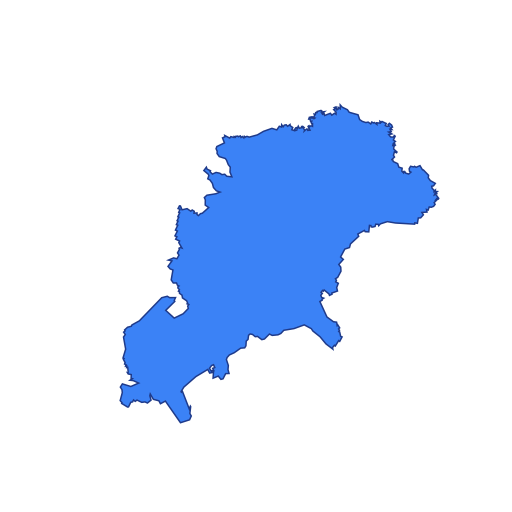 the district of Martínez de la Torre, Veracruz, Mexico, rotated 59°
{"feature_id": "50627088B13774862826934", "entity_name": "Martínez de la Torre", "entity_type": "district", "adm_level": 2, "iso_a3": "MEX", "parent_name": "Mexico", "parent_adm1": "Veracruz", "projection": "mercator", "projection_center": [-97.059, 20.12], "detail": "fine", "context": "isolated", "style": "filled", "palette": "blue", "viewbox_px": 512, "rotation_deg": 59, "n_neighbors": 0, "source": "geoboundaries", "source_scale": "gbopen_adm2", "svg_char_len": 6063}
<svg xmlns="http://www.w3.org/2000/svg" viewBox="0 0 512 512"><g transform="rotate(59 256 256)"><path d="M154.3,252.8L155.9,256.7L161.4,254.8L162.8,255.0L165.0,257.6L167.2,256.3L171.3,256.0L175.4,257.2L179.7,256.4L182.7,253.9L182.0,258.3L178.6,266.8L179.3,270.2L181.7,270.5L186.2,273.3L190.1,271.6L191.7,280.0L191.1,281.7L191.7,284.6L190.1,285.2L188.7,284.4L187.4,287.1L185.9,285.9L183.7,287.0L184.0,288.8L179.9,290.7L178.3,295.6L174.2,295.0L173.6,295.8L175.2,298.4L176.9,297.1L178.8,299.8L179.7,299.2L182.1,302.8L183.0,302.2L185.1,305.5L186.0,304.9L188.1,308.1L189.3,307.2L192.3,311.7L194.1,310.5L197.0,315.1L198.8,313.9L200.2,316.2L203.8,313.8L204.8,315.3L211.0,315.4L209.8,316.4L209.7,318.0L210.9,318.3L212.9,321.7L215.6,321.6L217.6,325.2L215.2,327.6L214.4,333.2L216.9,330.6L219.6,336.8L222.9,336.2L225.2,334.4L232.8,341.0L236.5,340.8L238.2,338.0L240.5,338.4L242.0,337.5L242.1,338.7L243.2,339.4L245.4,339.0L246.2,340.6L247.1,340.0L248.6,340.8L251.4,339.6L254.1,340.6L258.7,338.5L261.3,338.9L261.5,339.7L263.0,338.6L263.8,340.4L266.1,341.0L268.0,348.2L267.1,358.1L256.1,361.4L253.1,349.0L252.0,349.0L250.2,346.4L247.2,351.5L244.8,352.8L243.2,358.3L251.5,389.4L251.2,397.9L252.0,399.0L250.9,402.8L251.7,406.7L252.8,406.8L253.1,408.7L256.0,408.5L257.2,411.3L268.7,415.7L275.0,422.6L275.9,421.9L276.3,422.9L279.9,423.1L280.9,424.3L282.3,423.4L283.2,424.5L283.5,423.4L285.0,424.4L285.3,423.3L289.4,425.2L290.3,425.8L289.8,426.3L291.3,426.3L293.4,424.0L296.6,426.1L297.4,425.2L297.6,428.0L299.6,425.4L304.5,422.0L303.4,430.5L296.8,436.4L298.5,439.8L301.5,439.7L304.3,441.0L310.0,446.9L312.7,446.4L313.2,447.1L319.3,443.9L319.7,443.0L316.9,438.7L317.5,436.9L316.3,435.1L318.4,434.4L318.2,432.2L322.6,429.3L323.9,426.3L326.1,424.8L325.5,420.2L321.1,419.0L319.8,417.7L326.0,417.8L330.1,413.8L333.4,414.0L333.7,408.4L360.0,406.6L362.2,397.3L359.8,393.9L356.9,393.8L351.5,389.6L350.9,389.6L352.7,392.0L334.3,388.8L334.3,390.1L333.6,390.0L331.2,385.3L328.4,369.6L328.4,355.8L332.5,356.0L333.3,353.7L328.3,353.7L327.0,350.5L327.3,348.4L330.4,348.8L330.0,351.0L332.5,351.2L331.9,352.2L333.4,352.1L338.6,355.7L339.5,350.2L343.7,349.6L344.3,347.5L341.2,342.6L342.8,339.6L338.9,338.5L335.6,336.1L329.5,334.7L328.1,333.0L327.1,329.8L327.7,324.4L327.1,316.6L328.9,313.0L327.8,310.9L323.9,308.2L323.4,305.8L320.1,303.2L319.8,301.2L321.4,299.4L324.8,298.2L325.7,296.1L330.7,294.1L331.5,291.5L329.8,284.7L332.4,283.0L334.9,277.7L335.2,274.6L334.0,270.4L337.8,260.8L339.9,250.1L346.8,246.0L349.6,245.9L358.2,242.7L367.4,241.3L375.4,238.1L373.9,237.6L372.9,234.8L374.0,234.4L371.1,228.7L372.3,228.2L369.7,223.9L368.4,224.8L364.2,223.4L363.4,224.0L362.7,222.7L361.0,222.8L360.7,221.3L357.1,221.4L357.4,222.2L354.2,221.0L352.2,223.5L344.8,226.6L327.9,224.7L328.0,222.1L327.1,221.7L327.0,219.7L325.3,221.1L323.1,220.7L322.2,218.4L320.6,218.9L319.8,216.7L320.8,216.4L320.2,215.1L326.1,213.0L327.6,213.3L327.9,210.5L326.8,210.1L328.0,204.2L324.6,203.1L321.8,199.5L319.2,201.0L318.3,199.6L316.4,199.6L316.4,197.0L312.8,191.0L309.2,189.1L305.9,189.4L303.9,182.9L300.4,184.0L295.8,176.3L296.9,171.5L294.3,168.8L292.0,157.8L289.6,157.4L289.9,149.9L291.4,149.9L293.4,146.9L288.2,143.0L289.1,141.8L290.4,142.3L291.3,141.1L292.0,138.7L290.4,137.0L291.8,134.9L293.2,135.2L292.5,132.9L294.2,125.7L299.5,119.5L310.4,103.6L309.4,102.8L311.1,100.8L307.0,97.3L308.1,95.2L306.9,91.3L304.1,91.4L306.4,86.8L303.9,85.9L305.3,84.8L303.2,82.3L304.5,80.6L304.9,78.2L304.0,75.9L302.0,75.8L300.9,71.3L300.4,72.8L299.8,71.2L301.1,70.3L300.7,69.7L295.6,70.2L295.5,71.6L294.3,70.0L295.3,68.9L294.3,68.9L294.1,67.5L293.0,69.1L292.0,68.4L292.5,70.2L291.1,69.5L288.8,70.2L286.7,69.5L287.3,67.7L286.1,64.9L281.2,67.7L277.7,68.1L275.7,66.5L268.4,68.2L267.9,68.9L263.0,68.9L262.4,73.1L260.8,73.9L261.0,74.8L258.7,77.3L260.1,79.8L262.5,80.8L263.9,80.0L264.4,82.9L262.1,85.0L260.6,85.0L260.8,86.5L259.7,85.9L259.8,87.0L258.4,87.3L256.0,85.5L253.4,87.8L249.8,87.0L245.7,89.7L243.6,89.1L243.4,90.5L242.5,86.3L240.5,86.3L238.0,83.7L239.9,82.4L239.5,81.6L235.2,82.9L233.1,81.3L232.8,79.7L231.7,80.6L232.4,80.8L231.8,81.9L230.4,80.5L231.2,79.3L229.8,79.1L229.6,77.5L227.3,78.5L225.0,75.0L224.0,75.4L224.8,77.1L223.3,79.3L220.3,79.7L221.3,76.7L218.1,78.4L219.0,76.0L216.4,75.9L217.5,74.4L215.6,74.7L215.8,72.6L213.6,72.3L211.0,73.3L211.4,75.1L213.2,75.1L212.3,77.0L210.8,78.0L209.5,76.1L205.6,78.7L205.9,79.7L204.4,80.4L206.1,81.1L204.0,83.9L205.5,84.6L202.5,85.8L202.4,86.9L200.8,87.7L201.9,89.6L199.0,90.9L198.2,93.1L195.3,95.6L192.4,96.9L187.5,95.8L180.8,102.1L177.7,102.3L172.7,105.5L169.9,106.0L173.2,108.0L170.9,109.0L172.5,110.2L172.3,111.5L169.4,110.6L169.1,112.4L170.6,111.7L170.5,114.0L174.0,113.3L175.7,114.4L174.1,115.1L174.3,118.5L172.0,118.7L170.9,124.8L169.1,124.3L168.9,125.9L167.8,126.0L167.5,123.1L166.3,125.8L165.5,124.9L164.7,125.3L163.6,129.2L164.5,129.8L163.8,131.0L165.2,132.1L164.3,133.1L165.7,133.3L166.9,135.4L168.1,134.4L168.2,135.6L165.9,135.8L165.2,137.0L166.4,137.2L164.6,138.8L165.8,140.3L166.5,139.2L168.8,139.9L169.2,138.8L170.1,139.9L171.4,140.2L171.7,139.4L174.0,140.8L172.7,141.8L172.8,143.4L171.6,143.4L171.7,144.6L176.0,144.9L175.0,146.9L174.0,146.3L173.2,147.2L173.7,150.1L173.1,149.4L170.6,149.6L170.6,148.6L168.9,149.2L168.5,150.2L169.6,150.4L168.8,153.1L166.5,152.9L168.2,155.3L166.9,154.9L166.6,155.9L167.6,158.2L168.8,157.2L168.6,158.3L166.2,160.3L164.8,158.3L161.9,159.6L160.8,159.1L161.1,162.1L159.1,162.5L158.4,164.3L159.2,166.1L156.7,166.4L158.6,167.7L156.8,169.2L158.6,173.2L154.8,176.6L153.0,185.4L152.9,192.4L150.6,200.6L148.8,202.1L148.5,203.7L149.2,203.8L147.4,204.4L148.5,205.6L146.5,206.2L146.7,207.8L145.0,207.6L144.7,209.7L143.8,209.9L142.9,212.0L143.6,212.5L142.3,213.3L143.0,213.9L140.7,216.1L141.4,217.8L136.6,220.7L137.8,221.1L137.5,223.9L142.8,224.8L142.0,233.2L143.5,235.0L146.2,235.3L148.1,236.6L151.9,236.3L156.6,232.1L158.6,231.9L163.4,232.7L166.6,232.3L170.7,235.1L175.7,235.9L172.6,240.0L169.8,240.7L168.7,243.3L166.4,244.4L163.8,247.2L163.3,251.2L160.1,252.0L159.5,251.1L156.3,253.2L154.3,252.8Z" fill="#3b82f6" stroke="#1e3a8a" stroke-width="1.5"/></g></svg>